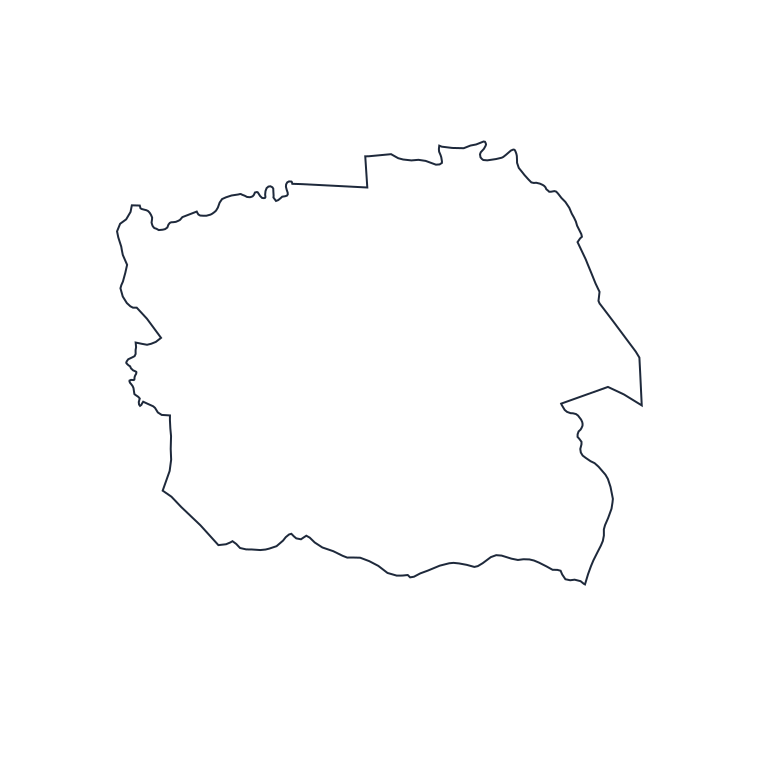 outline of Bim Son, Thanh Hóa, Vietnam, rotated 157°
{"feature_id": "81297802B8967556658808", "entity_name": "Bim Son", "entity_type": "district", "adm_level": 2, "iso_a3": "VNM", "parent_name": "Vietnam", "parent_adm1": "Thanh Hóa", "projection": "natural_earth1", "projection_center": [105.883, 20.088], "detail": "fine", "context": "isolated", "style": "outline", "palette": "slate", "viewbox_px": 768, "rotation_deg": 157, "n_neighbors": 0, "source": "geoboundaries", "source_scale": "gbopen_adm2", "svg_char_len": 4822}
<svg xmlns="http://www.w3.org/2000/svg" viewBox="0 0 768 768"><g transform="rotate(157 384 384)"><path d="M599.4,300.4L592.0,298.2L587.4,298.2L584.9,298.5L582.5,294.5L580.6,289.3L575.5,285.6L570.1,283.2L562.8,279.5L557.7,277.9L553.9,277.3L546.3,276.7L542.5,277.9L538.1,279.3L534.3,281.4L530.2,282.6L527.8,282.3L526.5,279.0L525.1,276.2L521.1,273.5L518.1,274.1L514.8,274.7L512.4,271.6L509.7,265.2L504.6,257.6L496.0,249.9L489.2,242.0L485.7,238.6L480.6,236.5L473.8,233.4L466.8,226.7L460.3,218.8L454.6,208.7L447.1,202.6L441.7,200.4L436.8,198.9L435.5,195.8L431.7,194.9L424.6,195.5L416.5,195.1L403.7,195.0L394.0,193.5L389.9,192.2L385.0,189.5L378.5,185.2L372.3,180.3L368.8,179.7L363.1,180.5L353.3,182.9L347.6,182.6L342.8,180.1L334.9,173.4L329.5,169.7L324.1,168.2L318.7,165.7L314.9,162.9L311.1,159.0L305.7,152.6L301.4,147.1L297.1,145.2L294.4,143.1L294.4,139.1L293.3,133.4L289.3,130.6L285.0,129.4L280.1,125.7L278.2,122.1L277.3,121.0L270.4,129.3L264.6,135.5L260.2,139.8L253.5,145.5L247.5,150.5L243.9,154.0L240.8,158.6L238.4,164.3L235.7,167.7L230.1,173.0L223.3,180.3L220.0,185.6L218.2,188.8L215.7,200.8L215.0,209.1L215.6,214.0L218.8,224.0L221.1,228.9L224.0,232.2L227.2,237.2L229.1,240.5L229.6,244.0L228.7,247.5L225.8,251.3L224.8,253.6L225.7,257.4L226.5,259.7L225.4,262.1L223.4,264.3L220.9,265.2L219.4,266.3L217.6,268.0L216.8,269.7L216.4,271.5L216.5,274.3L217.2,277.0L217.7,279.1L219.0,281.3L221.5,283.2L223.6,284.2L226.4,286.8L227.8,289.5L228.6,295.3L228.6,296.7L179.0,293.8L167.2,280.6L155.1,263.6L143.6,294.8L138.6,308.5L139.6,315.4L148.7,352.7L152.8,368.9L153.9,373.2L154.1,373.7L154.1,376.7L152.2,380.0L149.6,384.6L150.0,393.9L149.8,405.0L149.7,415.2L149.6,419.8L150.4,439.0L149.9,439.3L146.6,441.4L144.3,442.2L143.8,444.8L144.4,454.3L143.9,458.6L144.1,463.1L144.6,467.4L144.6,470.8L144.6,473.8L145.9,480.7L148.0,486.0L149.2,490.6L149.8,492.5L150.4,493.9L151.8,495.0L155.0,495.7L156.8,496.4L157.5,498.0L158.5,499.9L158.5,501.9L159.1,503.7L160.1,505.2L162.2,507.5L164.1,508.9L165.3,509.8L167.5,510.5L169.6,512.0L171.1,515.8L173.0,521.3L174.2,525.7L175.5,530.2L175.1,535.6L173.9,538.6L172.6,542.1L172.2,544.3L172.1,546.6L172.2,548.2L172.8,549.0L173.6,549.3L176.0,549.3L182.2,547.3L185.5,546.4L187.2,546.3L193.0,547.3L201.5,549.5L205.1,551.4L206.0,553.0L206.6,554.9L205.9,557.9L204.4,559.5L200.2,561.4L197.5,563.5L196.5,564.6L196.3,565.8L196.4,567.2L196.4,567.5L197.6,568.3L202.3,568.4L205.6,568.5L211.2,569.7L218.5,569.9L228.9,574.6L238.1,579.9L240.0,581.8L241.7,578.8L242.5,576.3L242.5,572.5L242.7,570.3L243.7,566.2L244.3,564.9L247.0,564.4L250.5,565.6L258.5,573.1L264.7,576.9L271.4,579.1L278.7,583.2L282.7,586.3L287.7,592.8L309.1,599.6L312.3,600.9L322.6,571.4L338.8,579.3L380.1,599.4L382.4,600.5L390.2,604.1L389.9,605.7L390.1,606.5L392.3,607.6L394.3,607.4L396.1,606.0L397.2,603.9L397.7,600.7L397.9,597.8L398.5,596.1L399.8,595.3L401.8,595.5L404.5,596.2L406.5,595.5L409.5,594.6L411.9,594.7L412.9,598.9L412.1,600.3L410.6,604.5L409.6,607.1L409.9,608.7L411.3,610.4L413.3,610.9L413.8,610.7L415.5,610.2L417.7,607.9L419.4,604.8L420.1,602.4L420.9,601.8L421.9,602.0L423.5,602.9L424.6,605.5L425.1,608.6L425.4,609.9L426.1,610.4L428.0,610.7L429.9,608.9L431.6,608.1L432.9,608.1L434.4,608.3L437.0,609.7L438.7,611.8L440.5,613.5L441.5,614.7L442.2,615.1L444.1,615.4L450.7,617.1L456.6,617.6L460.8,617.5L464.4,615.2L468.0,611.3L470.9,609.2L472.9,608.5L475.4,607.9L477.5,607.7L481.8,608.3L484.2,609.3L487.4,610.9L488.6,612.5L488.9,614.3L489.0,615.9L504.4,616.4L507.6,614.8L509.3,614.6L512.3,614.6L515.1,615.4L516.6,616.0L518.2,616.0L520.1,615.0L522.3,612.7L525.0,612.1L527.4,612.5L531.2,613.7L532.8,615.8L534.5,617.3L535.2,619.5L535.2,620.9L534.9,623.4L533.2,626.2L532.4,627.8L532.4,630.8L532.8,633.3L533.6,635.4L534.8,636.8L536.9,638.4L538.7,639.8L539.5,640.9L539.1,643.7L546.3,647.0L550.1,641.4L557.0,636.3L564.3,634.6L570.1,628.8L571.3,622.8L571.6,619.6L572.2,613.1L573.0,609.7L574.0,604.9L573.9,594.1L578.7,587.4L584.3,580.3L587.2,577.6L589.2,575.1L590.3,566.6L589.1,559.0L587.1,554.6L585.2,552.3L581.8,550.9L576.7,536.7L571.2,513.6L577.6,511.9L582.6,512.0L586.8,512.7L591.2,515.6L596.4,519.2L597.8,514.8L599.4,512.3L600.9,508.7L602.7,507.1L605.0,506.9L609.8,506.7L612.1,505.3L613.0,504.2L612.8,503.2L611.9,501.1L611.3,500.2L610.8,499.5L610.8,497.7L610.7,497.0L610.2,496.0L609.7,494.7L608.1,493.0L607.3,492.0L607.4,491.4L608.2,490.2L609.7,489.1L610.9,487.8L612.0,485.7L612.8,485.4L615.2,486.6L616.9,486.6L617.3,485.8L617.3,484.3L616.7,482.4L616.2,480.2L616.2,478.1L617.7,472.3L617.1,471.1L615.2,468.2L614.5,466.1L616.8,463.2L617.5,460.8L617.1,459.2L615.5,459.6L614.6,460.4L612.6,461.8L608.9,457.7L605.2,453.7L604.1,451.5L603.3,446.2L600.7,442.4L593.3,438.7L595.1,434.6L598.0,426.7L600.4,419.2L605.7,407.6L609.5,397.5L615.3,387.7L629.4,372.3L623.7,363.3L618.8,350.2L608.2,325.7L599.4,300.4Z" fill="none" stroke="#1e293b" stroke-width="2"/></g></svg>